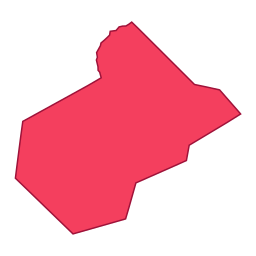 Lagoa Alegre, Piauí, Brazil (Mercator projection)
{"feature_id": "56859067B42256533282614", "entity_name": "Lagoa Alegre", "entity_type": "district", "adm_level": 2, "iso_a3": "BRA", "parent_name": "Brazil", "parent_adm1": "Piauí", "projection": "mercator", "projection_center": [-42.558, -4.484], "detail": "fine", "context": "isolated", "style": "filled", "palette": "rose", "viewbox_px": 256, "rotation_deg": 0, "n_neighbors": 0, "source": "geoboundaries", "source_scale": "gbopen_adm2", "svg_char_len": 574}
<svg xmlns="http://www.w3.org/2000/svg" viewBox="0 0 256 256"><path d="M122.6,26.1L119.1,26.9L116.1,30.5L110.2,31.3L109.6,35.1L107.0,37.7L104.2,40.3L101.0,43.0L100.4,45.8L96.6,52.6L97.4,57.3L96.4,60.0L98.0,66.7L98.1,70.3L99.7,72.2L101.2,77.8L88.0,85.5L22.8,121.4L20.9,135.3L17.1,164.7L15.4,178.2L25.9,188.3L73.0,233.9L125.6,218.9L128.8,208.0L135.9,182.9L181.1,162.9L186.4,160.5L189.2,145.2L227.2,122.4L240.6,114.0L237.9,110.8L219.6,89.9L206.1,86.9L194.5,84.5L138.1,28.3L131.7,22.1L128.9,24.2L125.9,26.0L122.6,26.1Z" fill="#f43f5e" stroke="#9f1239" stroke-width="1.5"/></svg>